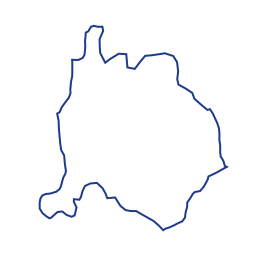 the district of Kurdamir District, Kürdəmir, Azerbaijan, rotated 355°
{"feature_id": "54616110B82810927503709", "entity_name": "Kurdamir District", "entity_type": "district", "adm_level": 2, "iso_a3": "AZE", "parent_name": "Azerbaijan", "parent_adm1": "Kürdəmir", "projection": "mercator", "projection_center": [48.161, 40.284], "detail": "fine", "context": "isolated", "style": "outline", "palette": "blue", "viewbox_px": 256, "rotation_deg": 355, "n_neighbors": 0, "source": "geoboundaries", "source_scale": "gbopen_adm2", "svg_char_len": 1665}
<svg xmlns="http://www.w3.org/2000/svg" viewBox="0 0 256 256"><g transform="rotate(355 128 128)"><path d="M94.2,29.3L93.7,32.9L92.8,37.6L92.6,42.2L92.1,46.0L91.0,51.4L88.9,54.3L84.3,55.9L78.3,55.2L78.1,59.5L77.3,68.2L77.0,71.2L75.3,76.9L73.8,85.1L73.8,88.2L71.8,92.5L67.9,96.8L63.9,101.4L61.3,106.2L58.7,107.5L59.5,114.7L59.1,123.0L59.1,136.5L59.5,144.1L62.0,149.8L62.0,158.5L62.4,165.5L61.7,167.9L59.3,171.6L57.4,176.5L56.1,180.3L54.5,182.9L50.8,185.3L44.9,186.5L40.2,186.6L36.7,187.8L34.5,190.9L33.4,195.2L33.3,197.4L33.0,200.5L35.4,205.4L38.8,208.7L41.9,211.1L43.7,210.6L48.7,206.8L50.4,205.6L55.2,205.4L59.3,209.3L64.1,211.5L67.2,210.4L69.8,202.6L67.6,196.8L67.9,194.2L73.3,195.2L75.1,192.6L77.2,187.0L80.1,182.0L85.6,180.0L92.3,180.0L97.5,185.9L99.9,191.3L101.2,196.1L107.4,196.1L109.1,196.1L113.7,205.0L118.5,209.6L123.3,210.9L129.0,211.5L133.6,214.8L145.3,222.8L150.1,227.8L154.1,232.8L154.2,232.7L156.8,231.5L161.1,230.5L166.0,228.7L169.7,227.1L173.8,225.8L177.0,222.2L178.0,217.2L179.9,212.2L180.6,207.3L184.1,203.1L186.8,199.3L189.0,197.6L194.3,197.1L198.4,193.1L202.8,186.5L203.9,183.3L212.9,179.9L218.5,177.3L223.0,175.4L221.2,174.3L220.1,169.0L217.9,164.6L217.7,160.4L218.3,153.7L218.0,147.5L218.6,141.7L218.6,136.4L217.4,131.1L213.8,121.1L211.3,116.4L208.7,116.9L203.3,111.6L196.7,104.6L195.1,98.7L189.0,93.8L182.1,89.2L181.3,83.6L182.9,76.1L182.6,66.6L179.3,60.2L171.3,56.8L158.8,57.6L151.4,57.6L146.0,63.0L139.9,69.7L132.7,67.6L132.7,59.9L132.7,54.3L125.3,53.2L115.8,57.9L111.0,61.0L106.9,50.9L106.9,45.3L107.4,37.1L111.7,29.1L111.3,24.8L106.8,24.6L102.9,23.2L99.9,24.0L96.8,28.3L94.2,29.3Z" fill="none" stroke="#1e3a8a" stroke-width="2"/></g></svg>